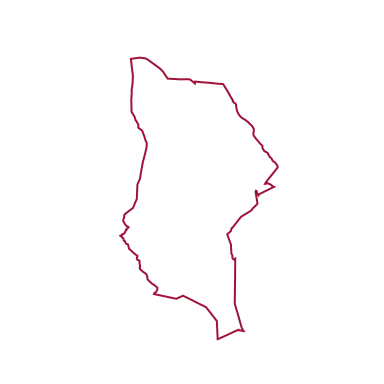 San Sebastián Tecomaxtlahuaca, Oaxaca, Mexico, rotated 148°
{"feature_id": "50627088B84243272648939", "entity_name": "San Sebastián Tecomaxtlahuaca", "entity_type": "district", "adm_level": 2, "iso_a3": "MEX", "parent_name": "Mexico", "parent_adm1": "Oaxaca", "projection": "albers", "projection_center": [-98.086, 17.347], "detail": "fine", "context": "isolated", "style": "outline", "palette": "rose", "viewbox_px": 384, "rotation_deg": 148, "n_neighbors": 0, "source": "geoboundaries", "source_scale": "gbopen_adm2", "svg_char_len": 4258}
<svg xmlns="http://www.w3.org/2000/svg" viewBox="0 0 384 384"><g transform="rotate(148 192 192)"><path d="M108.4,267.0L112.9,270.3L113.2,270.5L119.8,275.7L123.5,278.4L124.1,278.8L131.0,284.1L132.0,282.6L134.1,288.5L136.1,290.1L139.6,292.1L142.8,294.1L152.6,301.1L152.8,309.6L153.7,313.6L158.9,326.6L160.4,329.7L165.2,333.7L173.4,337.3L174.8,334.1L177.1,329.3L177.8,327.8L179.1,324.9L180.2,322.5L180.4,322.1L181.1,321.1L181.6,320.3L184.9,315.5L187.5,312.4L189.1,310.6L189.5,310.0L190.8,307.7L192.1,305.9L193.0,304.5L194.2,303.0L194.3,302.8L194.8,302.2L196.6,299.0L197.6,297.4L200.7,292.1L200.8,291.6L200.8,286.2L201.5,284.1L201.6,283.4L201.7,283.2L201.8,282.8L201.6,280.9L201.7,280.6L201.8,277.5L202.8,276.2L203.0,275.9L203.4,275.1L203.4,274.8L203.0,273.9L202.7,273.0L202.1,271.6L201.8,270.3L202.7,265.7L203.3,263.2L204.0,260.7L204.4,257.5L206.5,254.4L210.9,249.9L216.4,244.7L217.4,243.9L226.1,234.3L227.8,232.3L229.3,230.7L234.4,227.2L236.7,223.8L238.2,221.6L238.3,221.5L242.5,215.3L245.3,213.5L248.6,211.1L250.4,209.8L255.5,209.3L259.1,209.0L261.6,208.4L262.4,207.3L262.9,206.5L263.9,205.9L264.4,205.4L265.4,204.4L265.7,203.7L265.8,202.8L265.7,202.0L265.9,201.1L265.8,199.6L265.5,197.8L264.4,196.0L264.5,195.8L264.8,195.8L265.2,195.4L265.5,195.4L266.2,195.4L267.3,195.3L267.7,195.2L267.9,194.8L267.9,194.5L268.1,194.5L268.4,194.5L269.4,193.9L271.3,192.7L271.5,192.7L272.0,192.8L272.5,192.8L273.3,193.0L273.8,193.2L274.0,193.2L274.4,192.7L274.6,192.4L274.9,192.4L276.0,192.8L276.0,192.7L275.3,191.5L275.2,191.0L275.3,190.6L275.4,190.3L274.9,189.4L274.8,188.9L275.0,188.3L275.5,187.3L275.5,187.2L275.5,186.6L275.5,186.4L275.0,186.0L275.0,185.7L275.2,185.0L275.2,184.1L275.2,183.2L275.1,182.7L274.2,181.6L274.1,181.3L274.4,180.4L274.6,179.8L274.7,179.5L274.9,178.8L275.2,177.9L275.5,177.3L275.3,176.7L275.0,175.9L274.8,175.2L274.6,174.5L274.3,173.1L274.0,171.8L273.6,170.6L272.9,168.7L272.6,168.0L272.1,166.5L273.2,165.7L273.9,165.2L274.3,163.6L273.5,162.6L273.0,161.4L273.9,160.1L274.5,158.8L274.9,157.6L275.6,156.3L276.3,155.9L276.3,155.1L276.9,154.2L276.7,152.9L276.1,151.6L275.9,150.3L274.9,148.4L274.3,146.8L274.5,145.6L274.7,144.1L275.3,143.0L276.0,141.4L274.8,136.5L274.3,134.7L274.0,134.4L273.7,134.2L273.1,132.4L272.9,131.7L272.4,130.6L272.1,129.8L272.3,128.8L272.6,128.1L273.3,127.5L274.2,126.9L275.7,126.2L276.9,126.2L277.6,126.2L278.3,125.6L271.9,119.4L270.1,117.7L261.8,109.7L259.6,109.5L254.6,108.8L249.3,100.3L248.1,98.2L241.7,87.8L241.1,86.7L240.1,77.3L239.3,69.4L240.8,66.8L246.6,56.4L248.3,53.6L248.1,53.5L239.1,52.3L228.7,51.0L225.5,50.5L225.6,49.9L225.3,49.7L221.9,46.7L221.9,50.0L220.2,56.2L218.2,62.8L217.1,66.8L215.0,74.5L213.3,77.2L207.6,86.0L206.6,87.6L199.9,98.0L197.2,102.3L193.3,108.4L190.6,112.7L192.5,112.8L192.6,114.9L192.3,115.3L191.5,116.5L191.3,117.4L191.3,117.7L191.3,118.2L191.2,118.8L191.0,119.4L190.7,119.8L187.0,126.5L186.8,127.0L184.6,137.4L183.4,137.7L179.9,138.2L178.4,139.6L177.4,140.3L177.1,140.1L163.5,145.0L152.3,144.9L151.9,144.9L151.1,145.0L149.4,145.9L148.0,146.1L147.1,146.3L143.9,147.0L142.6,147.5L137.9,158.6L137.2,159.2L136.7,158.5L136.8,158.1L137.0,158.0L137.3,157.9L137.3,157.5L137.5,157.5L137.5,157.3L137.5,157.1L137.4,156.9L137.5,156.8L137.6,156.6L137.7,156.3L137.8,156.0L137.6,155.8L137.4,155.5L137.2,155.2L137.2,154.9L137.2,154.6L137.3,154.4L137.1,154.3L137.1,154.1L136.6,154.6L134.6,154.4L119.7,152.9L120.1,153.5L120.8,154.5L120.8,155.5L121.7,157.4L122.4,157.8L122.9,159.1L123.6,159.9L124.8,159.7L125.7,160.2L124.0,161.2L113.7,164.8L106.4,167.4L105.8,168.3L105.7,169.3L105.7,170.4L105.8,172.3L106.3,174.0L107.0,175.3L107.0,176.7L106.8,177.5L106.9,178.3L107.1,179.7L107.6,180.6L107.4,181.9L107.5,183.2L107.1,184.8L107.8,186.4L108.5,187.5L108.9,188.1L109.1,189.1L108.9,189.9L109.1,190.7L108.7,192.6L107.8,193.7L108.5,196.5L108.8,198.7L108.9,199.1L109.1,201.4L109.4,202.5L109.8,207.0L109.6,207.9L109.0,209.1L108.3,209.8L107.1,211.2L106.2,212.8L106.1,215.1L106.2,216.9L107.0,219.3L107.3,221.2L107.9,223.0L108.6,224.9L109.4,226.5L110.3,228.1L111.0,230.5L111.2,232.6L111.2,234.3L110.9,236.4L110.5,237.8L109.8,239.9L109.1,241.2L108.3,242.9L108.4,244.3L109.1,245.6L109.4,247.3L108.8,247.7L108.7,254.6L108.5,255.9L108.5,256.0L108.4,265.1L108.4,267.0Z" fill="none" stroke="#9f1239" stroke-width="2"/></g></svg>